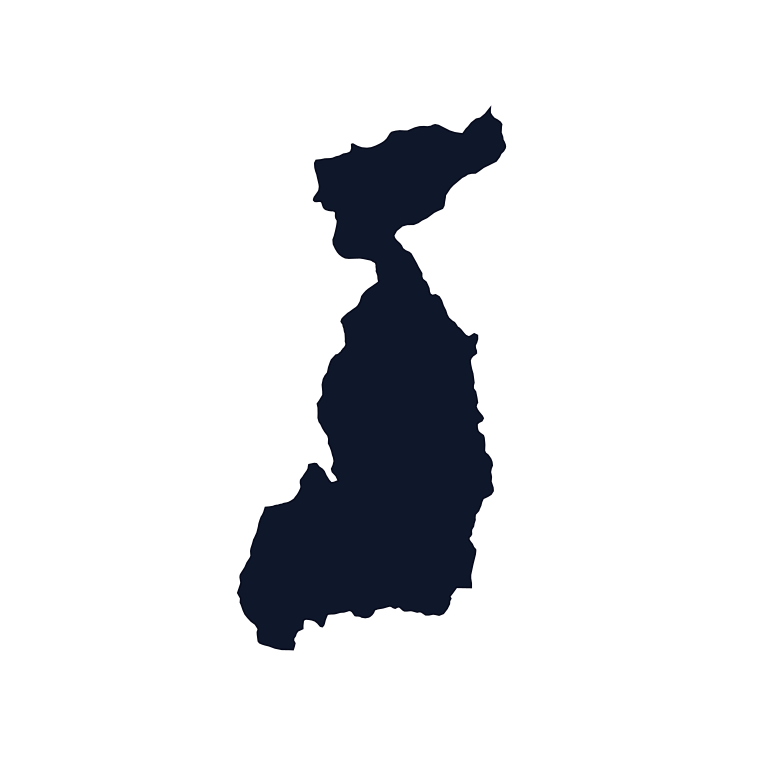 the district of Nanong, Tashigang, Bhutan, rotated 224°
{"feature_id": "84629894B55544402274944", "entity_name": "Nanong", "entity_type": "district", "adm_level": 2, "iso_a3": "BTN", "parent_name": "Bhutan", "parent_adm1": "Tashigang", "projection": "mercator", "projection_center": [91.483, 27.098], "detail": "fine", "context": "isolated", "style": "filled", "palette": "ink", "viewbox_px": 768, "rotation_deg": 224, "n_neighbors": 0, "source": "geoboundaries", "source_scale": "gbopen_adm2", "svg_char_len": 6159}
<svg xmlns="http://www.w3.org/2000/svg" viewBox="0 0 768 768"><g transform="rotate(224 384 384)"><path d="M499.4,656.6L498.6,648.7L499.3,642.1L501.6,638.6L502.4,632.5L501.9,627.5L502.0,624.6L501.1,618.6L503.5,616.8L507.6,613.9L512.4,611.5L524.4,607.8L527.3,606.0L528.5,603.9L529.1,602.0L531.3,599.1L534.1,596.8L537.1,593.6L539.6,589.5L542.6,582.4L544.9,580.1L548.5,577.0L551.1,573.8L553.1,570.6L553.3,568.7L552.2,563.4L552.0,562.3L552.1,559.2L552.3,557.8L552.8,555.7L553.5,553.4L555.0,549.4L557.1,545.1L559.9,541.6L564.0,538.3L568.3,536.3L573.1,535.0L573.7,533.9L570.8,531.2L569.4,528.3L569.5,526.6L570.7,524.0L572.8,521.2L574.3,516.8L576.1,514.1L577.7,510.5L579.3,508.4L581.2,506.4L582.7,504.9L585.0,501.5L588.2,497.7L587.3,494.8L586.0,493.6L583.9,491.7L580.9,489.8L577.9,488.3L575.5,486.7L569.2,482.6L567.4,481.1L565.3,478.2L564.8,476.5L564.1,471.9L563.8,469.9L562.9,468.0L562.2,467.3L560.5,467.4L559.1,468.7L557.7,470.4L556.3,471.6L554.7,471.5L552.0,470.0L550.4,469.2L548.7,468.9L547.1,469.2L544.4,470.6L542.2,472.2L541.5,473.0L540.4,473.6L539.3,474.1L537.7,473.7L535.5,471.2L533.9,470.0L531.1,469.3L529.8,467.9L527.7,464.9L524.9,460.4L522.4,456.0L520.8,452.4L517.5,449.5L513.0,447.8L509.2,446.8L506.2,446.5L502.7,446.9L499.5,447.9L496.7,450.1L489.0,458.0L486.1,460.1L480.4,463.7L478.8,464.5L477.5,464.6L476.3,465.0L474.3,465.5L472.0,464.1L471.2,463.1L468.9,461.3L467.9,459.9L466.5,459.3L463.6,457.8L461.2,455.6L459.0,454.2L458.7,453.0L460.3,444.7L461.0,441.4L461.3,438.3L461.2,435.0L460.8,431.7L458.1,426.6L457.0,422.3L457.0,419.9L457.8,416.0L458.4,412.2L459.0,409.8L459.4,403.8L459.3,401.5L458.2,399.2L456.2,398.7L455.1,398.6L453.4,397.3L451.6,396.5L448.8,394.4L447.0,393.5L442.8,389.6L441.3,387.9L439.6,386.9L438.3,385.5L437.9,383.9L437.6,382.4L437.8,381.3L437.5,379.8L437.5,378.8L437.1,377.3L437.3,375.8L437.3,374.5L437.5,373.4L437.9,372.5L438.7,371.4L438.5,364.8L437.7,362.7L435.3,357.5L432.4,353.0L432.0,349.0L430.9,345.4L427.8,340.6L422.7,336.2L420.2,333.6L418.7,327.1L418.2,323.5L414.8,321.2L410.7,317.1L407.8,313.9L404.4,311.9L401.6,311.4L397.4,309.8L393.7,308.8L388.6,308.0L385.7,306.3L382.6,302.8L379.2,301.6L375.1,299.6L371.5,297.3L369.1,296.1L366.2,293.9L364.1,290.4L362.7,286.5L360.2,285.0L354.7,284.7L349.6,282.8L351.6,278.4L353.3,276.2L356.7,276.4L362.2,277.8L366.4,279.5L369.1,279.8L373.2,279.1L377.1,279.7L378.9,278.4L382.0,273.8L381.1,272.4L379.8,270.7L379.0,268.4L378.2,263.3L377.7,261.1L377.4,258.4L377.2,257.0L376.1,255.6L375.3,254.8L373.4,253.5L372.0,252.3L371.1,250.7L369.9,247.0L369.6,245.7L369.2,243.9L368.9,240.5L368.6,239.5L368.7,238.3L369.3,235.4L370.3,232.4L371.1,231.0L373.1,228.2L373.7,226.6L374.7,225.4L376.1,222.9L377.1,221.8L378.0,220.4L378.7,218.8L380.9,215.9L383.6,212.8L381.3,208.3L380.3,205.5L379.8,203.0L378.5,200.1L376.8,196.7L375.0,194.1L372.0,188.9L370.0,183.4L369.5,181.6L367.4,177.8L365.1,173.1L363.8,171.3L360.1,168.0L359.3,165.8L358.3,160.3L356.5,155.6L354.8,147.4L354.1,146.1L353.2,145.0L349.1,142.0L348.1,140.6L344.1,132.1L338.2,130.3L335.6,127.1L333.3,126.2L328.2,123.6L324.2,122.0L319.9,121.4L314.9,121.1L309.7,121.8L304.4,120.5L303.6,119.4L302.8,117.6L300.9,115.8L295.8,111.7L293.8,111.4L291.1,112.4L288.5,113.7L285.1,115.7L279.0,118.4L273.2,122.1L266.9,128.0L264.8,129.8L266.5,133.1L268.0,135.6L270.9,136.5L272.4,138.4L272.8,141.1L274.0,143.5L274.5,146.5L272.5,151.6L274.5,153.6L277.7,157.7L277.6,159.6L276.7,160.9L274.6,162.6L272.1,164.3L269.0,165.7L265.6,166.0L261.5,165.6L259.8,166.6L259.9,168.4L260.5,169.9L262.5,173.4L263.7,176.2L264.6,178.5L264.3,179.8L262.2,182.2L260.5,183.9L259.2,185.7L257.0,189.5L254.5,192.2L252.6,195.5L252.0,196.9L250.2,198.0L248.8,198.2L244.1,197.3L242.9,198.0L241.7,199.2L239.7,200.6L238.1,200.9L235.2,203.0L233.3,205.6L232.8,207.0L232.5,209.7L232.8,212.1L233.9,215.1L232.5,217.9L229.3,222.2L226.7,226.7L225.7,228.3L224.4,229.2L222.1,229.6L220.2,230.5L219.6,232.5L218.7,234.0L217.5,234.5L213.2,234.6L211.6,235.1L209.8,236.9L207.8,239.3L206.5,240.4L201.7,243.0L200.5,244.8L198.8,246.0L193.7,246.9L191.3,249.2L188.9,252.7L186.8,254.2L183.8,256.0L181.9,260.2L182.6,266.2L184.2,271.2L186.1,273.4L186.9,276.1L189.1,276.7L189.6,281.2L190.6,288.1L179.8,298.2L182.8,301.3L186.8,304.3L189.2,306.8L195.0,316.1L200.1,324.9L202.3,327.7L203.2,328.5L206.1,328.7L209.2,330.0L212.8,330.5L215.0,331.1L216.3,332.7L216.3,335.2L216.8,336.8L219.0,338.8L220.1,340.4L220.8,343.7L222.5,346.2L224.1,349.5L225.7,350.9L227.8,353.5L228.0,358.6L228.7,360.1L230.0,363.7L231.9,367.0L233.2,370.6L232.4,372.5L231.3,375.5L230.4,379.0L231.2,382.9L233.6,385.1L239.3,388.1L242.2,391.7L244.1,393.1L246.3,394.5L248.4,397.8L249.5,400.6L252.2,402.8L255.2,404.2L259.8,405.1L263.1,404.8L265.5,405.8L269.3,410.1L271.4,412.0L274.7,414.8L276.8,415.9L280.8,415.3L283.2,415.3L285.1,416.2L287.0,417.6L289.2,419.8L289.2,422.2L288.0,425.5L288.8,428.3L291.0,429.1L296.2,429.7L299.1,430.3L302.2,431.6L303.6,434.1L303.8,435.5L307.4,438.3L312.8,442.0L316.7,442.7L318.9,445.0L320.2,447.4L327.2,453.0L331.5,455.5L335.3,458.1L337.6,460.0L338.5,460.8L339.5,463.3L339.7,466.2L339.2,468.2L339.0,470.4L340.7,472.0L343.2,473.2L345.3,475.0L346.4,478.3L348.0,481.3L350.6,483.9L354.0,482.8L354.8,479.2L355.6,476.8L358.9,475.7L361.7,475.8L366.4,476.4L368.7,476.4L370.7,475.9L373.2,476.6L376.0,477.1L378.5,476.5L383.2,476.3L386.7,477.4L390.8,479.6L395.7,481.3L400.7,483.9L404.9,485.0L408.9,484.0L410.6,481.3L413.1,480.7L415.5,481.8L418.2,484.0L422.1,485.6L424.5,486.5L428.9,486.1L431.4,487.3L433.8,489.8L440.3,491.6L444.1,493.0L455.0,496.3L457.4,496.1L461.1,494.7L464.7,494.3L467.4,495.4L469.9,495.8L474.6,495.7L476.9,496.0L478.5,496.5L480.3,497.7L481.7,503.0L480.8,510.5L478.2,514.9L473.6,519.5L471.6,524.0L470.8,528.1L468.8,533.5L467.4,542.2L466.1,545.9L464.0,551.0L464.9,554.0L467.2,557.1L469.5,560.5L471.1,562.5L472.6,570.7L472.7,575.1L471.5,586.8L470.2,590.5L469.8,593.1L467.5,596.6L464.8,599.3L463.9,603.5L463.0,608.9L458.2,622.3L458.6,625.1L458.9,627.6L460.1,631.0L460.0,634.8L460.8,637.9L461.7,639.2L463.3,640.4L466.0,641.6L468.1,642.2L470.4,644.1L474.5,646.1L478.4,650.6L479.7,652.5L482.3,653.1L485.9,652.6L489.3,651.6L492.8,651.9L495.8,652.7L497.7,654.5L499.4,656.6Z" fill="#0f172a" stroke="#020617" stroke-width="1.5"/></g></svg>